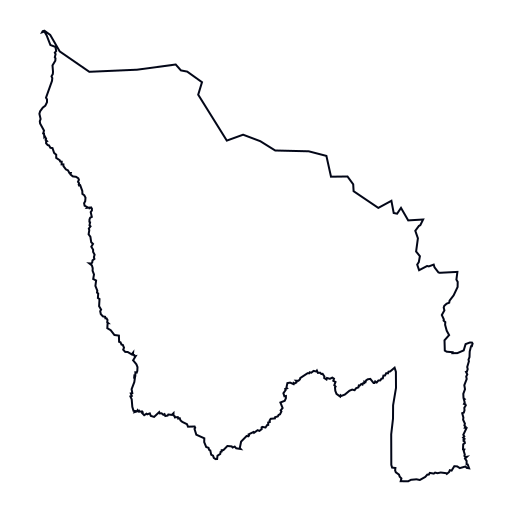 the district of Nakonde, Muchinga, Zambia
{"feature_id": "96606910B77888556336058", "entity_name": "Nakonde", "entity_type": "district", "adm_level": 2, "iso_a3": "ZMB", "parent_name": "Zambia", "parent_adm1": "Muchinga", "projection": "natural_earth1", "projection_center": [32.444, -9.465], "detail": "fine", "context": "isolated", "style": "outline", "palette": "ink", "viewbox_px": 512, "rotation_deg": 0, "n_neighbors": 0, "source": "geoboundaries", "source_scale": "gbopen_adm2", "svg_char_len": 5977}
<svg xmlns="http://www.w3.org/2000/svg" viewBox="0 0 512 512"><path d="M215.6,459.1L217.1,459.0L217.5,455.7L220.2,454.0L220.6,451.9L221.7,451.5L221.7,450.2L223.4,450.1L227.4,446.0L231.7,446.4L232.6,447.5L234.7,446.6L236.2,448.3L240.7,449.0L239.8,448.0L241.1,441.6L246.6,436.0L248.4,436.3L249.0,435.6L248.6,434.4L253.5,432.0L254.0,432.8L257.6,430.2L259.4,430.9L261.7,429.1L261.6,427.4L262.3,426.9L265.5,427.5L267.2,425.0L268.2,424.9L268.2,422.5L269.8,422.0L269.6,420.5L270.7,418.8L274.9,418.4L275.1,417.2L277.8,416.4L278.6,414.9L280.0,414.3L281.4,411.5L280.7,410.4L282.6,408.0L280.4,402.5L284.7,400.8L285.9,398.2L285.9,396.0L284.4,396.3L283.4,393.2L285.6,390.1L285.2,389.0L287.0,388.3L286.4,387.7L287.4,383.1L290.1,382.6L293.5,384.1L293.7,383.0L294.5,383.5L296.4,382.5L296.7,381.7L295.9,380.7L298.4,380.8L299.9,379.4L300.3,378.0L307.6,373.2L309.2,373.3L309.7,372.3L311.3,372.7L313.6,370.9L316.3,371.5L316.9,370.6L317.9,372.9L320.1,372.7L321.3,374.0L322.6,373.8L324.4,376.5L324.2,378.0L326.5,379.5L327.0,378.0L329.9,378.8L332.3,377.6L334.0,378.7L333.3,380.8L335.5,382.0L334.3,385.2L335.6,386.6L335.0,387.6L335.3,390.8L336.5,393.9L340.2,396.6L340.6,395.3L341.4,395.9L344.8,394.6L349.5,390.7L352.2,389.6L354.6,390.2L356.1,388.2L358.4,387.4L358.8,385.5L359.6,385.7L361.3,384.0L362.5,384.6L363.0,383.3L364.2,383.2L364.3,381.6L365.5,382.1L366.1,380.4L367.7,379.3L370.3,378.9L373.6,383.0L374.5,383.0L375.2,381.4L376.7,382.5L378.4,380.5L380.3,380.4L381.4,378.7L382.8,378.4L383.4,375.6L385.0,375.5L386.2,373.2L388.0,373.3L388.5,371.7L390.1,371.5L394.6,367.7L395.9,371.8L396.0,387.9L393.1,405.2L393.0,418.7L391.2,434.3L391.3,464.9L392.1,467.6L395.4,468.0L395.1,470.3L395.8,472.3L399.0,474.6L399.7,476.7L401.4,478.4L400.7,481.2L408.1,481.3L411.0,479.8L416.5,479.3L419.8,480.0L425.3,476.9L427.3,474.6L428.8,474.6L429.8,472.9L433.8,473.6L435.1,472.6L437.5,473.2L440.7,472.5L446.2,473.2L446.8,473.9L449.1,472.0L449.8,470.2L451.6,470.6L454.3,466.2L457.2,466.4L459.8,468.1L465.5,466.5L466.7,467.9L469.1,468.3L467.7,464.5L466.6,464.2L466.6,460.9L465.0,458.6L466.9,456.8L465.3,457.1L464.4,455.9L464.8,454.7L463.7,450.8L464.3,449.5L463.0,449.3L463.2,444.3L464.9,443.0L464.4,441.2L463.6,441.0L463.5,439.7L464.5,438.9L463.1,437.6L464.3,436.4L463.3,434.8L466.5,428.1L464.8,427.8L465.5,426.6L464.4,425.5L464.9,423.6L463.1,419.7L463.4,417.6L462.2,413.2L463.8,412.6L464.5,410.4L464.3,407.8L465.8,405.3L465.4,404.3L464.0,403.9L464.7,402.4L463.9,399.5L464.6,399.1L463.5,398.1L463.3,393.8L465.0,389.2L464.3,385.2L466.7,379.0L466.2,376.5L467.3,374.4L466.0,371.9L466.9,371.6L467.7,369.1L467.2,367.0L468.9,361.3L468.5,359.7L469.5,357.1L469.7,351.5L470.8,347.1L471.4,345.8L471.9,346.0L472.6,343.6L472.0,342.6L469.9,342.5L465.6,344.1L463.7,350.4L457.4,353.1L452.4,353.2L452.6,352.2L446.7,351.7L444.8,350.6L444.5,340.3L449.1,335.1L446.7,330.7L445.1,324.8L445.3,322.1L443.6,320.6L443.8,319.3L441.8,315.0L444.4,310.4L443.7,307.6L444.3,305.8L446.6,303.7L449.2,302.7L449.6,300.6L453.6,295.4L457.6,287.0L457.7,281.9L456.4,279.6L457.4,271.9L439.7,272.8L438.4,272.4L434.5,267.3L433.7,264.6L428.8,266.4L427.1,266.0L419.1,270.2L417.2,264.6L418.8,262.1L419.9,256.2L416.1,251.5L417.9,238.3L415.3,230.8L418.9,225.9L420.3,225.2L423.1,219.5L408.2,220.4L401.0,207.9L397.1,213.7L393.7,213.0L391.4,200.8L378.3,207.9L353.6,191.2L353.2,184.3L347.5,176.5L331.0,176.7L326.4,155.9L308.7,151.3L275.2,150.5L260.3,141.2L243.1,134.7L226.8,140.6L198.2,94.7L202.0,82.2L187.2,71.6L180.9,70.4L175.7,64.5L137.1,69.7L89.3,71.8L59.7,51.4L50.2,34.9L44.4,30.7L42.7,31.2L42.1,32.3L44.4,31.5L46.7,35.5L50.4,45.0L55.4,46.9L56.2,51.0L54.8,52.7L55.6,54.1L54.8,57.3L55.5,58.3L55.3,60.7L52.5,65.4L53.0,71.8L52.8,74.1L51.5,76.3L52.3,78.1L52.0,80.9L46.0,97.7L47.0,99.4L47.0,102.2L45.3,105.7L42.8,107.6L40.1,111.3L39.4,113.8L40.6,119.0L39.8,121.2L40.1,123.5L44.0,130.6L43.2,133.4L44.0,133.6L44.3,137.1L44.9,136.5L46.1,138.7L45.6,139.9L47.0,141.2L46.1,141.7L46.1,143.3L47.7,145.1L49.0,145.4L50.4,147.8L52.5,148.1L54.1,152.9L56.2,154.7L56.2,157.9L59.7,160.2L60.2,161.5L61.7,161.7L61.6,164.4L63.4,164.4L63.5,166.2L65.9,169.4L68.0,170.4L69.4,173.0L70.8,173.0L70.4,174.4L72.8,176.4L76.0,176.8L78.3,178.3L78.9,179.8L78.0,181.8L79.1,183.2L78.7,184.6L79.1,185.5L80.2,185.2L82.3,191.0L82.4,193.9L84.3,195.3L85.5,197.7L85.2,201.2L84.1,203.2L84.6,205.7L87.7,207.4L87.3,207.8L89.3,207.6L89.5,208.2L91.0,207.4L91.9,208.6L91.9,210.5L90.7,212.1L91.8,216.9L90.2,217.7L89.5,219.4L89.4,221.8L90.1,222.3L89.5,225.3L90.5,226.3L88.8,228.6L89.3,230.1L88.6,234.3L90.4,236.8L91.2,242.2L93.0,243.9L91.3,246.7L93.1,249.7L93.1,251.9L94.6,254.7L93.9,257.1L94.4,258.9L92.5,260.4L92.2,262.5L91.3,263.5L89.3,263.4L91.9,265.4L92.7,268.2L92.6,270.8L94.0,274.5L93.2,279.0L96.1,280.5L95.4,285.9L97.3,290.7L97.0,292.6L98.2,293.5L97.9,298.0L99.5,299.0L99.1,306.2L101.1,309.6L100.2,311.2L100.8,314.1L102.9,316.4L105.1,316.8L105.4,318.3L106.5,318.3L107.5,320.0L107.2,322.2L108.3,323.2L107.6,323.2L107.3,328.2L110.7,330.2L114.4,335.0L118.9,335.6L119.1,341.8L120.5,342.3L121.5,344.6L122.8,344.9L124.0,347.7L123.2,349.7L125.2,351.9L127.7,352.0L131.7,354.4L133.1,352.6L132.9,354.8L134.3,355.1L134.7,356.4L135.6,356.2L133.1,360.3L136.4,364.3L137.5,367.1L137.3,370.9L136.7,372.6L135.4,372.3L135.3,375.5L134.4,375.4L134.2,377.4L135.0,377.2L134.3,382.1L131.6,389.2L132.3,393.1L130.8,393.4L131.8,395.9L130.4,396.4L131.7,399.3L132.3,406.8L133.5,410.8L135.1,411.0L134.6,412.1L136.7,411.5L137.6,410.2L138.1,411.1L139.0,410.8L139.1,411.7L142.1,411.4L142.7,412.2L142.1,413.0L144.2,415.2L146.5,413.7L147.3,414.3L149.8,413.4L150.8,415.9L154.1,416.9L159.2,412.1L159.7,413.4L161.6,413.3L163.3,414.8L164.5,414.1L165.3,416.0L167.6,415.6L168.3,414.5L171.8,414.9L173.5,413.2L173.5,415.4L174.8,416.4L174.9,417.4L177.8,417.1L178.2,418.6L179.7,418.2L180.5,420.4L182.3,421.9L187.0,424.2L188.0,426.7L194.6,426.5L195.2,427.8L194.5,428.9L196.3,434.7L204.3,438.3L204.2,442.1L206.2,447.0L208.5,447.8L209.1,449.8L210.3,450.5L211.2,454.7L213.1,455.7L213.8,457.9L215.6,459.1Z" fill="none" stroke="#020617" stroke-width="2"/></svg>